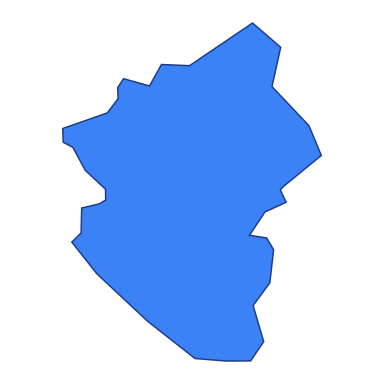 an SVG outline of Milton Keynes
{"feature_id": "GBR-2038", "entity_name": "Milton Keynes", "entity_type": "Unitary Authority", "adm_level": 1, "iso_a3": "GBR", "parent_name": "United Kingdom", "parent_adm1": "", "projection": "orthographic", "projection_center": [-0.733, 52.07], "detail": "fine", "context": "isolated", "style": "filled", "palette": "blue", "viewbox_px": 384, "rotation_deg": 0, "n_neighbors": 0, "source": "natural_earth", "source_scale": "10m", "svg_char_len": 570}
<svg xmlns="http://www.w3.org/2000/svg" viewBox="0 0 384 384"><path d="M225.7,361.0L195.0,358.5L147.4,321.1L96.8,273.7L71.8,242.1L81.1,233.0L81.7,208.0L99.5,203.8L105.7,200.0L105.5,189.2L85.3,170.4L72.8,147.3L63.2,142.3L62.7,128.5L107.3,112.9L118.1,98.7L117.7,87.6L123.6,78.7L149.5,86.0L161.5,64.5L189.5,65.7L252.5,23.0L280.7,47.3L272.0,86.6L309.0,125.8L321.3,155.4L283.4,186.5L280.3,190.0L286.2,202.3L265.0,211.9L249.5,235.3L266.7,238.0L273.6,249.8L269.8,282.9L253.1,305.5L263.7,341.6L250.6,360.9L225.7,361.0Z" fill="#3b82f6" stroke="#1e3a8a" stroke-width="1.5"/></svg>